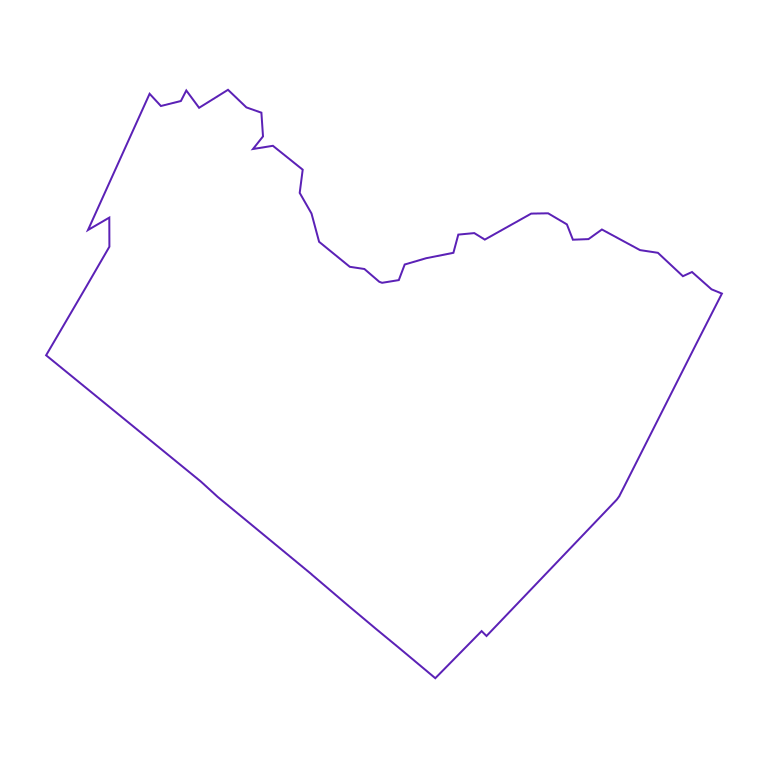 Travis, Texas, United States of America (Mercator projection)
{"feature_id": "52423323B39349585413380", "entity_name": "Travis", "entity_type": "district", "adm_level": 2, "iso_a3": "USA", "parent_name": "United States of America", "parent_adm1": "Texas", "projection": "mercator", "projection_center": [-97.765, 30.326], "detail": "fine", "context": "isolated", "style": "outline", "palette": "violet", "viewbox_px": 768, "rotation_deg": 0, "n_neighbors": 0, "source": "geoboundaries", "source_scale": "gbopen_adm2", "svg_char_len": 828}
<svg xmlns="http://www.w3.org/2000/svg" viewBox="0 0 768 768"><path d="M46.1,355.3L200.8,481.5L217.7,496.9L311.7,574.4L311.7,574.5L348.9,606.2L375.5,628.5L400.6,649.2L435.3,678.2L481.6,631.1L486.5,636.0L616.8,499.6L619.5,495.9L619.5,495.7L623.7,487.5L696.2,344.0L721.9,293.6L711.5,289.3L692.0,272.0L682.9,276.2L657.9,252.8L640.0,250.1L601.9,229.5L588.5,239.1L572.9,239.7L566.9,224.4L548.1,213.3L531.2,213.6L484.8,239.6L474.3,233.1L458.3,234.6L453.4,252.8L426.2,258.2L404.7,264.5L398.8,280.1L382.1,282.8L379.3,281.8L364.4,269.0L349.8,266.8L319.1,241.8L311.5,213.5L299.7,192.9L302.7,169.7L272.9,145.8L253.0,149.0L263.0,136.4L261.4,112.7L246.4,107.4L228.0,89.8L199.1,107.8L186.3,90.5L180.9,101.0L160.9,106.0L149.6,93.8L88.0,230.0L109.3,217.6L109.4,246.7L86.0,287.1L46.1,355.3Z" fill="none" stroke="#5b21b6" stroke-width="2"/></svg>